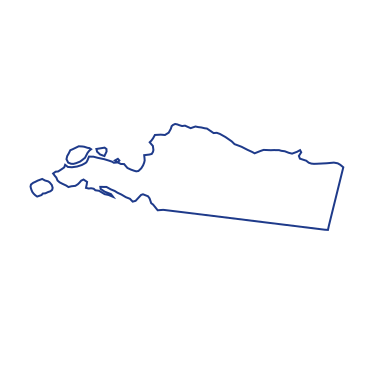 outline of Luís Domingues, Maranhão, Brazil, rotated 251°
{"feature_id": "56859067B19920779215846", "entity_name": "Luís Domingues", "entity_type": "district", "adm_level": 2, "iso_a3": "BRA", "parent_name": "Brazil", "parent_adm1": "Maranhão", "projection": "mercator", "projection_center": [-45.834, -1.35], "detail": "fine", "context": "isolated", "style": "outline", "palette": "blue", "viewbox_px": 384, "rotation_deg": 251, "n_neighbors": 0, "source": "geoboundaries", "source_scale": "gbopen_adm2", "svg_char_len": 2634}
<svg xmlns="http://www.w3.org/2000/svg" viewBox="0 0 384 384"><g transform="rotate(251 192 192)"><path d="M166.1,343.1L169.4,341.1L171.7,339.1L173.6,335.7L175.3,328.8L177.2,322.2L178.1,319.1L178.9,316.5L180.0,314.1L181.7,311.9L184.4,310.2L188.4,304.9L191.3,304.8L194.0,308.2L196.4,307.8L195.8,304.4L195.7,299.1L197.6,296.2L200.3,293.0L201.9,289.8L203.2,288.0L205.0,283.0L205.9,280.0L208.5,273.4L208.5,270.1L208.2,263.8L210.4,261.8L213.7,258.3L218.6,253.6L220.7,251.1L223.4,247.8L227.0,246.0L233.1,241.5L237.8,237.3L239.9,234.7L240.7,231.6L247.1,226.8L248.1,224.8L250.0,221.8L251.3,219.1L252.8,216.6L252.8,211.5L255.2,208.9L257.0,207.0L257.6,204.1L259.2,201.9L260.7,200.1L261.8,198.2L261.6,196.0L260.9,194.2L258.7,192.6L255.7,189.3L254.7,185.0L256.4,181.1L258.0,175.5L255.4,172.6L253.8,170.3L252.8,168.2L250.7,169.0L248.3,170.0L244.3,169.2L242.7,168.2L241.1,166.3L241.3,163.8L242.4,158.8L239.4,158.1L237.2,157.5L235.3,156.3L233.1,154.4L230.9,151.7L229.3,148.2L229.7,146.0L231.1,144.0L233.1,141.5L235.7,138.8L238.1,137.8L240.5,136.9L241.7,133.8L244.1,131.5L245.1,127.6L246.6,126.4L248.7,123.7L251.6,119.7L252.9,117.5L255.2,113.7L257.5,110.3L259.0,106.1L255.9,103.4L254.4,101.7L253.9,99.8L253.4,96.6L253.5,91.6L254.5,86.5L256.1,82.8L259.0,80.9L256.9,79.2L256.3,77.3L255.7,75.0L255.0,72.1L255.6,69.7L254.7,66.7L251.8,67.6L249.9,68.4L246.6,68.6L244.2,70.0L241.9,72.2L239.1,75.1L236.9,76.8L236.7,79.7L235.8,83.7L236.5,86.6L237.5,88.7L238.8,90.9L239.1,93.5L235.7,96.1L233.4,94.9L230.4,93.1L228.9,95.5L228.4,97.8L227.1,100.1L225.1,101.2L223.4,104.5L218.4,108.7L216.3,112.2L213.1,115.8L216.4,114.7L220.7,109.6L224.6,106.6L226.7,107.0L224.6,112.8L221.0,116.0L218.1,119.3L215.7,121.2L212.6,124.4L208.6,127.8L205.8,131.1L202.2,132.8L202.0,135.8L205.8,142.9L205.8,144.9L202.3,149.0L199.8,149.8L194.7,149.8L192.8,151.1L185.9,153.6L184.5,159.0L175.8,176.9L139.9,250.4L113.1,305.3L111.9,308.2L116.0,310.7L166.1,343.1ZM271.1,90.5L268.7,88.1L266.6,85.7L263.9,84.0L260.1,84.5L258.1,86.8L257.2,89.0L257.0,91.9L257.2,96.1L258.1,98.9L259.2,102.0L263.1,106.1L264.6,108.5L265.3,110.5L266.9,109.3L267.8,107.6L269.9,104.8L270.8,103.0L272.1,99.8L271.3,93.1L271.1,90.5ZM247.5,60.5L249.0,59.3L250.7,56.8L253.1,54.6L253.0,49.8L252.6,47.0L252.4,44.8L251.5,42.2L249.7,41.1L247.8,40.9L245.8,40.9L243.8,41.1L241.8,41.8L239.9,42.8L238.1,44.1L238.1,46.3L238.1,48.7L239.1,50.4L238.5,52.9L238.8,55.9L238.8,58.4L239.6,60.5L241.3,61.6L244.3,61.7L247.5,60.5ZM263.8,115.6L261.0,115.4L257.4,117.3L254.5,120.9L258.1,124.4L260.5,125.1L262.4,123.8L263.8,115.6ZM244.1,131.5L245.4,133.6L247.5,132.7L246.9,129.4L244.1,131.5Z" fill="none" stroke="#1e3a8a" stroke-width="2"/></g></svg>